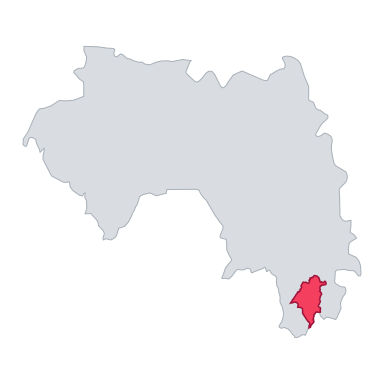 Nzerekore, Nzérékoré, Guinea shown in context
{"feature_id": "49546643B90650861539484", "entity_name": "Nzerekore", "entity_type": "district", "adm_level": 2, "iso_a3": "GIN", "parent_name": "Guinea", "parent_adm1": "Nzérékoré", "projection": "natural_earth1", "projection_center": [-8.827, 7.893], "detail": "fine", "context": "in_parent", "style": "filled", "palette": "rose", "viewbox_px": 384, "rotation_deg": 0, "n_neighbors": 0, "source": "geoboundaries", "source_scale": "gbopen_adm2", "svg_char_len": 7545}
<svg xmlns="http://www.w3.org/2000/svg" viewBox="0 0 384 384"><path d="M241.4,270.0L237.9,269.4L236.3,270.2L231.6,276.5L228.8,279.0L224.5,278.2L222.9,278.7L221.7,278.0L223.3,274.5L225.6,267.6L231.4,260.6L231.5,259.2L229.1,255.1L226.7,249.6L226.7,243.6L226.2,239.3L221.1,238.1L220.2,237.4L220.0,236.0L222.9,228.6L223.1,227.0L222.8,225.7L219.7,221.9L214.8,214.9L206.4,200.5L203.3,197.5L200.3,193.1L199.2,190.3L196.1,189.3L166.9,189.5L166.3,193.2L156.2,195.8L150.0,192.9L143.1,194.6L139.7,196.5L137.1,204.9L135.7,206.7L134.2,210.4L132.8,212.5L131.3,216.6L128.0,222.6L124.5,226.4L118.7,228.4L116.8,234.6L115.5,237.0L113.2,238.8L110.8,240.0L106.0,238.7L103.3,239.9L102.9,238.3L104.4,233.4L103.2,230.8L98.6,225.7L98.2,223.2L96.8,220.1L90.7,213.5L85.1,213.9L86.7,208.4L86.6,201.1L84.7,197.1L85.2,193.0L84.2,193.2L82.3,196.0L79.3,195.1L73.1,190.8L70.0,186.6L69.7,183.0L69.0,181.6L67.1,182.3L63.2,182.2L51.5,175.9L43.2,159.8L43.0,156.1L44.3,149.9L44.0,148.2L40.1,152.3L39.4,149.5L36.5,143.1L35.7,139.4L32.9,137.7L30.6,137.4L28.9,138.7L26.5,146.2L24.8,146.2L23.0,144.6L23.4,138.9L28.0,131.9L35.7,114.1L38.4,110.0L40.1,108.6L43.7,108.4L50.7,106.0L59.3,100.5L65.8,100.9L73.6,100.2L83.7,96.4L83.8,84.5L83.5,81.8L79.9,79.4L77.9,77.3L76.1,74.7L73.9,72.8L74.0,70.8L78.5,68.3L82.6,68.3L83.9,67.3L85.0,65.6L86.2,61.3L86.6,56.8L83.9,50.6L84.1,46.3L98.9,46.9L107.0,48.1L113.6,48.5L114.7,49.5L113.8,53.7L114.6,56.1L116.9,56.8L120.6,53.9L122.5,54.5L126.7,58.2L130.5,59.2L134.7,61.1L138.7,62.2L142.2,62.1L144.9,64.1L149.8,64.8L156.2,62.2L161.2,61.0L168.2,60.8L171.9,61.6L182.7,59.5L191.1,60.7L189.8,62.1L185.9,71.7L186.3,73.4L194.9,81.5L196.9,82.1L199.3,81.0L202.9,77.2L205.9,73.2L208.7,71.2L211.9,71.4L214.5,74.2L220.6,86.2L222.2,87.7L223.6,87.7L226.3,85.5L227.6,82.8L233.3,74.9L242.1,71.0L262.8,80.0L265.9,80.7L267.7,80.0L270.3,74.7L278.1,70.1L281.9,68.8L284.0,68.7L284.8,67.2L285.2,65.0L284.8,62.8L282.4,58.7L282.3,57.5L283.7,56.7L286.7,56.1L290.6,56.5L294.9,58.3L298.4,60.8L300.5,63.8L304.4,76.5L308.7,86.5L308.6,99.8L310.5,101.1L312.6,101.7L313.6,102.7L315.8,108.2L317.8,109.8L320.2,110.2L324.6,113.7L327.5,115.1L328.0,116.1L327.9,117.6L326.7,119.4L322.4,123.1L320.2,126.3L315.8,133.8L315.7,135.2L316.6,136.2L318.4,136.4L320.4,135.9L324.5,133.1L327.7,134.1L330.8,136.2L331.9,138.4L332.2,141.3L331.5,145.0L331.4,149.1L332.4,156.1L334.0,163.2L335.6,165.7L345.9,171.9L346.9,174.2L347.4,176.9L346.7,180.4L345.6,182.4L340.0,187.9L339.1,190.5L339.6,195.4L340.0,216.0L342.2,219.5L344.9,221.3L351.0,220.3L350.9,226.0L350.1,232.4L353.7,234.4L355.5,236.4L356.5,238.2L350.8,241.6L349.1,243.6L348.4,248.9L348.6,253.9L356.2,257.4L359.2,261.5L360.5,265.8L361.0,274.0L360.3,275.8L358.3,275.8L354.4,270.9L348.5,270.4L344.1,269.4L336.7,270.1L335.4,271.5L334.6,282.3L336.3,284.1L339.9,286.2L342.2,287.0L344.1,286.8L345.6,288.1L345.9,291.7L344.9,294.3L342.9,296.7L340.5,302.9L341.0,308.6L336.9,317.7L335.7,319.5L330.2,317.7L326.6,317.1L324.0,319.4L320.4,315.9L319.7,313.1L318.4,312.5L316.0,312.5L313.8,314.1L312.8,316.9L312.3,322.8L308.3,328.3L305.4,335.2L302.2,334.6L301.5,335.4L298.0,337.2L295.0,337.7L294.2,335.8L292.4,334.4L290.5,331.4L288.3,329.1L284.0,327.4L282.4,328.1L280.4,328.0L279.1,327.0L279.2,325.6L281.5,322.0L282.7,318.7L283.4,315.1L283.4,311.7L282.2,306.8L280.3,303.0L279.9,300.7L280.1,297.6L279.7,294.6L279.0,293.1L278.1,287.5L277.0,286.4L276.4,282.0L276.6,277.4L274.9,275.7L272.4,274.4L270.8,272.6L269.9,270.6L269.0,270.0L268.2,270.1L267.5,271.4L266.6,271.6L265.1,267.3L264.5,267.2L263.4,268.2L251.5,272.9L250.0,268.9L247.7,268.1L243.7,269.8L241.4,270.0Z" fill="#d9dde1" stroke="#a8b0b8" stroke-width="1"/><path d="M303.4,282.3L303.3,282.2L303.0,282.3L302.8,282.6L302.7,282.6L302.5,283.0L302.4,283.4L302.1,284.0L301.8,284.5L301.5,284.8L301.4,285.4L301.1,285.8L301.0,286.0L301.0,286.4L301.5,286.9L301.7,287.1L301.6,287.5L301.3,288.0L301.2,288.3L301.0,288.7L300.6,289.1L300.5,289.6L300.2,289.5L300.0,289.4L299.9,289.6L300.0,290.2L300.0,290.6L300.0,291.0L299.9,291.2L299.7,291.4L299.4,291.6L299.0,291.8L298.7,292.0L298.2,292.1L298.1,291.8L297.8,292.1L297.4,292.4L297.3,293.0L297.3,293.3L297.1,293.5L296.8,293.9L296.4,294.4L296.2,294.5L295.7,295.1L295.5,295.6L295.4,296.0L294.5,297.3L294.3,297.4L294.1,297.7L293.8,298.1L293.7,298.4L293.6,298.7L293.6,298.8L293.3,299.3L292.7,299.4L292.4,300.1L292.1,300.8L291.9,301.1L291.7,301.4L291.2,302.1L290.8,302.5L290.6,302.9L290.8,302.8L291.0,302.9L291.5,303.0L291.8,303.0L292.1,302.9L292.4,302.8L292.6,302.7L292.8,302.6L293.2,302.5L293.5,302.4L293.9,302.3L294.3,302.2L294.6,302.2L295.0,302.2L295.3,302.2L295.6,302.2L296.1,302.4L296.3,302.4L296.5,302.5L296.9,302.8L297.2,303.1L297.5,303.5L297.7,303.8L298.0,304.2L298.1,304.7L298.1,305.1L298.0,305.6L298.0,306.0L297.8,306.4L297.7,306.7L297.6,307.2L297.7,307.3L297.9,307.3L298.3,307.2L299.0,307.3L299.7,307.3L300.1,307.5L300.5,307.5L300.8,307.7L301.2,307.8L301.5,307.9L301.8,308.1L302.1,308.2L302.3,308.6L302.4,308.9L302.4,309.2L302.5,309.6L302.5,309.8L302.6,310.2L302.6,310.6L302.6,310.8L302.6,311.0L302.6,311.5L302.6,312.1L302.6,312.6L302.6,313.2L302.7,313.6L303.0,313.9L303.1,314.1L303.4,314.3L303.6,314.8L304.0,315.4L304.3,315.9L304.5,316.4L304.9,316.8L305.1,317.1L305.3,317.5L305.6,317.9L305.7,318.1L305.9,318.3L306.0,318.5L306.2,318.8L306.4,319.1L306.6,319.4L306.8,319.7L307.2,320.3L307.6,320.8L307.8,321.2L308.2,321.6L308.5,321.9L308.9,322.2L309.2,322.5L309.5,322.9L309.8,323.3L309.8,323.7L309.6,324.3L309.5,324.7L309.4,325.1L309.2,325.4L309.0,325.8L309.1,326.1L309.0,326.6L309.0,327.1L309.0,327.4L309.0,327.6L309.2,327.4L309.3,327.7L309.5,327.5L309.6,327.4L309.9,327.3L310.1,327.2L310.4,327.3L310.5,327.2L310.6,326.7L310.8,325.9L310.7,325.6L310.7,325.3L310.8,325.2L311.5,325.0L312.0,324.2L312.9,323.1L313.0,323.1L313.5,322.5L313.5,322.4L313.7,322.1L313.9,321.8L313.8,321.5L313.6,321.0L313.6,320.7L313.7,320.4L313.6,320.0L313.3,320.1L313.2,320.0L313.1,319.8L313.1,319.7L313.2,319.4L313.5,318.1L313.6,317.6L313.6,317.2L314.0,316.3L314.0,315.9L313.9,315.6L313.8,315.3L313.9,315.1L314.1,314.8L314.1,314.7L314.7,314.2L315.2,313.5L315.5,312.5L315.7,312.2L315.8,312.2L316.0,312.1L316.9,312.1L317.0,312.1L318.7,312.2L320.0,312.2L320.3,312.2L320.4,311.9L320.3,309.7L320.2,309.5L320.5,308.7L320.4,307.8L319.9,307.4L319.1,307.1L318.5,306.8L318.4,305.8L318.6,304.9L319.4,304.0L319.4,303.6L319.6,303.3L319.7,302.8L320.0,302.4L320.2,302.0L320.3,301.3L320.2,300.9L319.8,300.1L319.6,299.5L319.9,298.6L320.0,297.6L320.3,296.7L320.9,295.2L321.6,294.3L321.5,293.4L321.2,292.8L320.4,291.7L319.8,291.5L319.6,291.1L320.0,290.4L320.3,289.8L320.2,289.6L320.1,289.1L320.0,288.7L319.8,288.1L319.8,287.6L320.1,287.0L320.2,286.4L320.5,285.9L321.2,285.9L321.8,285.1L322.9,285.2L323.5,285.0L324.1,284.9L325.1,284.7L325.8,284.5L326.1,283.7L326.0,283.2L326.0,282.8L325.9,282.3L325.0,281.3L324.9,281.5L324.6,281.6L324.2,281.9L323.6,282.4L322.9,282.6L322.3,282.4L321.8,281.8L321.6,281.9L321.3,282.1L321.0,281.9L320.8,282.0L320.5,282.1L320.2,282.0L319.9,281.6L319.8,280.8L319.8,280.2L319.3,279.5L319.2,278.7L319.0,278.0L318.7,277.7L318.3,277.2L317.8,276.8L317.2,276.2L316.7,276.0L316.3,276.0L315.4,275.7L314.6,275.5L314.0,275.8L313.7,276.0L313.3,276.5L313.0,277.0L312.8,277.6L312.4,277.5L311.9,277.4L311.6,277.7L311.3,277.7L310.9,277.8L310.7,278.4L310.4,278.4L309.9,278.3L309.9,278.8L310.3,279.4L310.0,279.9L309.5,280.0L309.0,280.2L309.0,280.7L309.5,281.9L309.4,282.1L308.9,282.9L308.5,283.3L307.9,283.5L307.6,283.1L307.0,282.9L306.8,282.7L306.7,282.5L306.1,282.2L305.3,282.3L304.9,282.5L304.6,282.4L304.3,282.4L303.9,282.3L303.7,282.3L303.4,282.3Z" fill="#f43f5e" stroke="#9f1239" stroke-width="1.5"/></svg>